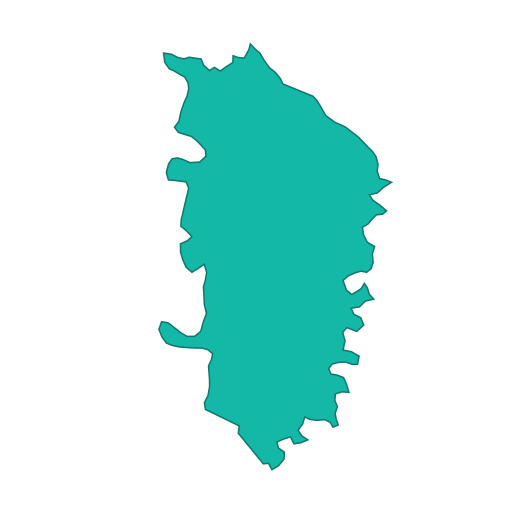 Riqueza, Santa Catarina, Brazil (Albers equal-area conic projection), rotated 9°
{"feature_id": "56859067B39578779945900", "entity_name": "Riqueza", "entity_type": "district", "adm_level": 2, "iso_a3": "BRA", "parent_name": "Brazil", "parent_adm1": "Santa Catarina", "projection": "albers", "projection_center": [-53.345, -26.985], "detail": "fine", "context": "isolated", "style": "filled", "palette": "teal", "viewbox_px": 512, "rotation_deg": 9, "n_neighbors": 0, "source": "geoboundaries", "source_scale": "gbopen_adm2", "svg_char_len": 2583}
<svg xmlns="http://www.w3.org/2000/svg" viewBox="0 0 512 512"><g transform="rotate(9 256 256)"><path d="M362.2,146.4L358.9,139.0L354.7,134.5L349.4,130.8L338.7,122.6L324.0,114.6L313.1,111.6L302.9,106.4L295.4,97.0L291.9,93.0L287.3,89.3L255.7,81.9L252.4,77.0L246.4,71.7L239.8,67.9L233.7,61.8L227.9,54.8L222.7,51.7L217.2,47.4L216.7,53.2L213.4,62.4L207.2,62.7L202.0,61.8L202.9,68.5L196.1,74.4L191.9,78.9L185.4,76.2L181.1,80.1L174.4,75.8L171.0,70.0L164.5,70.1L158.9,70.1L154.1,72.5L148.1,72.3L141.2,70.0L133.0,70.0L135.6,79.0L141.2,84.8L146.2,86.0L151.8,88.3L157.7,90.5L161.7,95.4L163.4,101.2L162.9,108.6L160.9,116.2L159.3,125.1L158.8,135.1L155.3,141.5L160.0,146.1L165.9,147.0L173.4,148.0L178.3,150.7L183.5,154.4L189.5,159.3L190.9,165.3L185.7,172.0L176.2,174.1L168.3,172.0L163.1,171.4L157.9,173.1L155.2,178.8L154.4,187.6L157.6,194.6L165.4,194.0L175.4,193.8L178.9,199.5L178.1,210.0L177.4,219.1L177.0,225.8L176.5,231.6L177.1,238.3L182.5,241.4L189.6,246.8L186.0,251.5L179.5,255.8L180.9,264.0L184.2,271.0L188.7,278.0L195.3,282.1L200.7,277.4L206.2,272.2L209.9,280.2L209.7,288.1L208.9,294.8L210.5,301.9L212.5,311.7L216.0,320.5L214.3,329.1L213.2,339.1L208.0,344.9L200.4,346.2L193.6,343.5L185.8,339.1L179.5,335.7L173.0,335.7L171.6,343.7L176.0,351.0L181.1,356.0L186.9,357.4L194.0,357.8L199.4,357.5L205.6,356.9L211.7,356.2L216.7,355.4L223.0,356.0L228.5,359.3L228.2,365.0L226.3,372.1L228.2,380.1L229.6,386.2L230.6,392.5L230.4,401.4L228.0,409.0L230.1,415.5L266.0,426.4L266.2,433.8L295.7,460.1L300.8,458.9L305.2,464.6L311.0,459.7L315.5,452.1L314.7,445.3L308.2,442.1L305.7,436.5L311.7,432.6L318.3,429.2L322.9,435.6L329.6,433.4L335.9,429.5L329.4,426.5L324.8,421.5L328.3,414.9L329.4,407.3L334.9,409.0L342.2,408.7L349.5,406.9L355.3,408.7L358.8,413.0L363.7,410.0L360.9,405.1L358.8,399.3L359.9,392.0L356.5,386.4L356.0,379.8L362.3,376.7L369.1,376.1L365.3,368.2L361.5,362.4L354.6,360.9L348.5,360.9L345.4,356.0L347.9,351.0L353.4,348.4L361.2,346.7L368.0,348.0L373.2,347.1L373.5,338.8L365.4,335.7L356.7,335.2L357.2,325.8L353.6,318.0L356.9,312.5L367.3,314.7L373.2,307.4L369.2,300.6L361.8,298.3L358.1,292.7L366.1,290.1L371.0,283.5L379.0,280.2L373.8,275.9L371.0,270.1L367.3,266.1L365.1,271.6L360.7,275.7L356.6,279.0L350.7,275.6L345.8,266.5L350.4,261.0L356.6,257.0L362.3,254.5L367.8,254.8L371.7,250.5L372.7,244.1L370.6,235.9L371.7,228.1L363.8,225.0L359.2,218.8L356.6,211.1L361.6,206.9L364.8,201.6L368.4,196.5L374.3,195.0L377.9,191.0L370.1,186.2L362.5,182.5L358.3,177.8L365.8,174.9L371.2,168.2L378.3,162.0L371.7,160.5L366.0,160.2L362.4,153.2L362.2,146.4Z" fill="#14b8a6" stroke="#0f766e" stroke-width="1.5"/></g></svg>